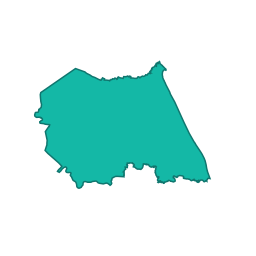 Cuajinicuilapa, Guerrero, Mexico (Mercator projection), rotated 199°
{"feature_id": "50627088B12095165689012", "entity_name": "Cuajinicuilapa", "entity_type": "district", "adm_level": 2, "iso_a3": "MEX", "parent_name": "Mexico", "parent_adm1": "Guerrero", "projection": "mercator", "projection_center": [-98.579, 16.455], "detail": "fine", "context": "isolated", "style": "filled", "palette": "teal", "viewbox_px": 256, "rotation_deg": 199, "n_neighbors": 0, "source": "geoboundaries", "source_scale": "gbopen_adm2", "svg_char_len": 5714}
<svg xmlns="http://www.w3.org/2000/svg" viewBox="0 0 256 256"><g transform="rotate(199 128 128)"><path d="M83.1,88.3L82.8,88.0L81.9,87.9L81.7,87.6L81.6,87.1L82.1,86.4L81.9,86.3L81.4,86.3L80.6,87.1L80.7,88.2L80.6,88.5L80.4,88.6L80.1,88.6L79.5,88.1L79.2,87.3L78.9,87.3L78.8,87.8L78.3,88.2L78.0,88.1L77.8,87.7L77.2,87.9L76.5,87.3L76.3,87.3L75.9,87.5L75.9,88.0L76.1,88.3L76.1,88.6L75.7,88.9L75.1,89.0L74.3,89.7L74.0,90.1L73.0,90.5L72.9,90.7L72.9,91.3L72.7,91.6L71.5,91.9L71.1,91.8L70.5,91.5L69.8,91.7L67.5,91.8L66.2,92.9L66.4,94.0L67.4,95.2L68.2,95.7L68.8,95.6L69.0,95.7L69.3,96.8L69.3,97.2L68.9,97.6L68.2,97.7L67.3,97.2L66.7,97.4L65.7,97.2L65.3,97.7L65.6,98.0L65.6,98.3L63.7,99.9L61.0,100.4L60.4,100.4L59.7,100.1L59.5,99.8L59.5,99.3L59.3,98.7L59.0,98.5L58.4,98.8L57.8,98.6L57.2,98.8L56.3,98.8L55.4,99.2L53.1,99.5L51.1,98.8L50.6,99.0L49.8,99.8L49.6,100.3L48.8,101.0L48.6,100.8L48.8,100.3L48.6,100.0L48.3,100.0L47.5,100.4L47.3,100.2L47.2,100.0L46.4,100.4L46.2,100.2L45.5,100.6L45.2,100.6L45.8,100.1L45.6,99.6L44.9,99.7L44.9,100.0L44.5,100.1L44.3,99.9L44.3,99.4L44.0,99.4L43.0,100.5L43.0,100.8L43.3,101.0L43.3,100.8L43.6,100.5L44.2,101.0L44.2,101.5L43.6,101.5L42.7,101.9L42.5,102.3L41.9,102.6L40.8,102.9L40.2,102.9L38.8,102.0L38.4,102.0L37.5,102.9L37.4,103.5L37.1,103.6L36.1,103.3L36.3,103.8L36.6,104.1L36.6,104.3L36.1,105.7L36.2,106.1L35.9,106.4L35.5,106.7L34.0,106.9L38.4,112.3L39.4,113.8L40.5,115.5L42.1,118.5L44.4,122.1L46.2,124.2L49.4,127.3L51.6,129.1L58.3,134.2L59.6,135.4L60.1,135.7L60.3,136.0L60.8,136.2L68.3,142.8L76.9,151.5L92.3,167.8L98.5,173.4L99.5,174.5L100.2,175.5L106.2,181.2L107.7,182.9L108.5,183.6L109.5,184.8L110.0,185.1L111.7,187.1L111.9,187.8L112.6,188.9L113.1,190.1L113.6,192.5L113.3,193.6L112.5,195.0L112.0,195.2L111.0,194.9L110.9,195.1L111.1,195.6L111.5,196.1L112.9,196.6L114.5,197.5L115.2,197.7L115.9,198.3L116.3,198.3L118.4,199.2L119.1,199.7L119.3,200.6L119.8,200.9L119.8,200.7L120.6,199.6L120.9,199.9L121.2,199.5L120.8,199.4L120.5,198.9L121.6,198.8L122.2,198.5L122.4,198.2L122.1,197.8L121.6,197.4L121.7,197.2L122.3,197.1L122.4,196.9L121.2,196.0L121.2,195.6L122.7,195.8L123.1,194.5L123.6,193.8L124.2,193.5L124.6,192.7L124.5,192.4L124.8,192.5L125.0,192.2L124.6,190.4L125.1,190.1L125.1,189.7L125.3,189.3L125.0,189.1L124.9,188.8L125.1,188.7L125.3,189.0L125.7,188.4L125.5,188.2L125.3,187.6L124.6,187.4L124.9,187.3L125.0,187.1L124.7,186.9L124.7,186.7L125.4,186.6L125.6,187.0L125.9,186.9L126.1,186.4L126.6,186.2L127.0,184.9L127.0,184.6L127.3,184.5L127.4,184.2L128.6,184.1L128.8,183.1L129.5,182.3L130.3,181.8L131.2,181.8L131.5,181.6L131.8,181.1L132.9,180.0L133.1,179.4L134.5,179.9L134.9,179.6L135.2,179.6L135.8,177.8L137.8,177.1L139.3,176.9L141.7,176.2L141.8,177.1L142.2,177.6L143.4,177.6L143.8,177.3L143.7,176.6L144.7,176.9L145.5,176.9L145.6,176.5L147.0,175.7L148.8,175.2L148.8,173.3L151.1,173.0L151.3,172.9L152.8,172.9L153.6,173.2L153.9,173.0L154.1,172.5L154.2,171.8L153.9,171.8L154.1,170.8L154.4,170.4L155.2,170.9L156.6,171.0L156.9,169.9L158.5,169.6L158.6,168.9L159.9,168.3L159.9,167.8L161.0,167.1L160.9,166.7L161.4,166.8L164.2,166.2L166.0,165.6L166.2,166.9L166.8,166.9L168.4,167.1L168.7,165.3L169.0,165.3L168.9,164.7L169.3,164.3L171.7,164.4L175.9,165.0L178.7,165.0L181.1,165.7L185.0,166.2L187.0,167.0L197.0,167.1L222.0,133.1L221.8,131.0L220.5,127.9L219.0,124.6L217.4,122.1L216.8,119.2L217.6,117.7L218.0,116.1L218.3,116.2L218.0,114.4L218.2,113.6L220.3,112.7L220.6,112.2L220.5,109.9L219.9,108.9L219.1,108.5L217.9,108.3L215.2,109.4L214.5,109.5L213.7,109.5L213.8,109.1L212.9,109.1L212.3,109.0L211.8,108.5L211.6,107.6L212.7,106.4L213.2,105.3L213.4,105.2L213.2,104.5L212.9,104.1L212.6,103.9L209.4,104.6L208.3,104.7L207.7,104.6L204.8,105.2L203.7,105.6L203.0,105.5L203.1,104.6L203.0,103.8L203.3,103.8L205.0,97.7L200.4,90.0L199.8,87.5L199.1,85.3L199.2,84.9L199.1,79.8L195.5,77.9L182.3,72.5L178.1,70.3L179.0,67.7L179.2,67.3L179.4,67.3L180.1,65.7L180.6,64.0L180.4,63.9L179.8,64.0L178.6,63.7L177.6,65.4L176.8,68.0L175.7,69.7L175.0,70.5L174.3,70.9L173.9,70.8L173.4,70.5L172.9,70.2L172.7,69.7L172.8,67.4L172.7,66.9L172.4,66.5L171.9,66.2L171.3,66.1L170.2,66.3L168.5,67.0L167.8,67.1L167.3,66.9L167.1,66.2L167.2,64.6L167.0,64.3L165.5,63.4L163.5,61.2L162.8,60.6L160.0,60.0L159.5,59.6L158.4,58.2L157.3,56.0L156.9,55.6L156.2,55.2L155.7,55.1L154.8,55.1L154.0,55.6L152.9,56.7L152.7,57.8L152.1,59.2L152.1,59.7L152.5,61.1L152.5,62.0L152.3,62.5L152.0,62.9L150.9,63.5L148.4,63.6L145.8,64.5L145.1,64.9L144.3,65.8L141.5,67.2L140.4,67.4L138.3,66.4L136.7,66.5L133.2,67.1L130.7,68.8L129.6,69.0L129.1,69.0L126.8,68.3L126.3,68.0L125.5,69.2L125.4,70.5L126.3,71.6L126.7,72.4L126.6,73.3L126.3,73.7L126.6,74.2L126.7,75.4L124.7,77.6L123.8,78.3L122.1,78.9L115.9,80.6L116.6,81.8L116.8,82.9L116.5,82.8L117.4,85.2L118.0,85.1L117.8,85.4L117.6,86.3L117.7,87.0L116.8,88.4L117.3,89.0L117.9,90.1L115.8,90.4L116.3,91.9L116.1,92.2L116.3,92.5L117.3,92.7L117.3,92.8L116.9,93.0L116.8,93.5L117.3,94.5L116.4,94.9L115.5,94.9L115.3,95.5L113.4,96.0L112.6,96.4L112.4,96.0L111.9,95.8L111.4,96.0L111.2,95.7L110.6,95.6L110.2,95.3L110.0,94.5L110.5,94.1L110.3,93.0L109.3,93.2L108.2,93.0L107.0,92.4L105.6,92.2L105.1,92.5L104.4,92.6L103.2,93.0L102.4,93.0L101.6,94.4L101.3,95.9L101.6,98.1L101.8,99.1L100.9,99.4L100.6,99.2L99.9,99.5L99.4,99.3L98.9,99.9L98.5,99.9L98.5,99.3L97.9,99.4L97.7,99.8L97.0,100.1L96.5,99.9L95.5,99.0L94.6,98.7L94.0,98.9L93.4,98.5L92.2,99.3L91.8,100.0L91.5,99.9L91.1,99.1L90.5,99.2L90.5,99.5L91.1,100.3L90.9,100.5L90.0,100.4L89.4,100.9L88.9,100.4L88.6,100.4L88.7,99.0L88.3,98.3L88.4,96.5L88.0,96.1L88.0,95.4L87.7,95.1L87.9,94.9L86.5,93.2L86.0,92.4L85.1,91.8L84.4,91.0L83.9,91.0L83.7,91.2L83.5,91.8L83.0,91.8L83.0,91.5L83.4,91.1L83.4,90.7L82.8,90.7L82.8,90.4L83.3,89.3L83.1,88.3Z" fill="#14b8a6" stroke="#0f766e" stroke-width="1.5"/></g></svg>